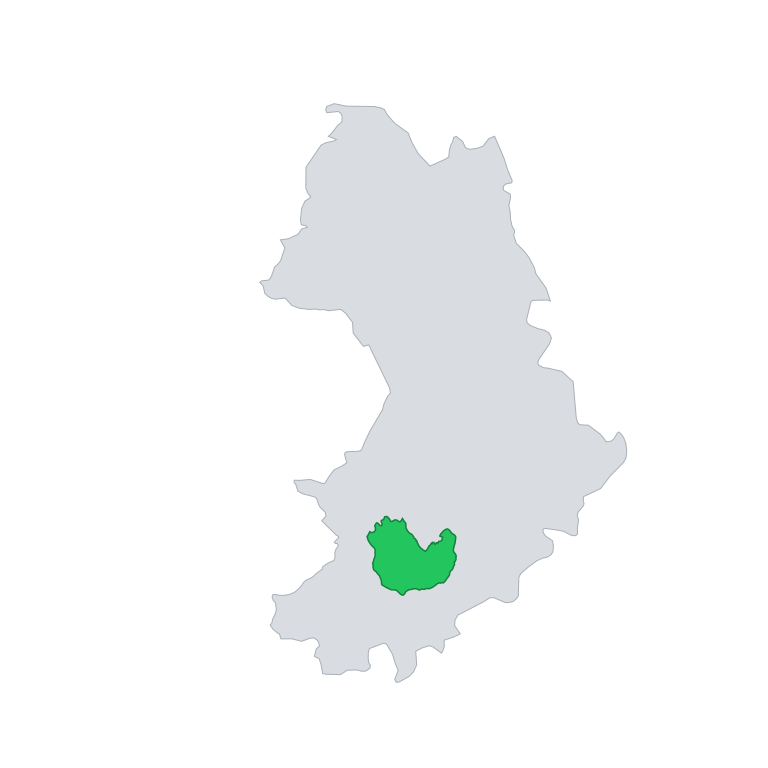 location of Kerouane, Kérouané, Guinea, rotated 64°
{"feature_id": "49546643B6018429350706", "entity_name": "Kerouane", "entity_type": "district", "adm_level": 2, "iso_a3": "GIN", "parent_name": "Guinea", "parent_adm1": "Kérouané", "projection": "orthographic", "projection_center": [-9.183, 9.346], "detail": "fine", "context": "in_parent", "style": "filled", "palette": "green", "viewbox_px": 768, "rotation_deg": 64, "n_neighbors": 0, "source": "geoboundaries", "source_scale": "gbopen_adm2", "svg_char_len": 6760}
<svg xmlns="http://www.w3.org/2000/svg" viewBox="0 0 768 768"><g transform="rotate(64 384 384)"><path d="M463.3,495.6L457.6,494.8L455.0,495.9L447.3,504.9L442.7,508.4L435.6,507.3L433.0,507.9L431.1,506.9L433.7,501.9L437.5,492.1L446.9,482.3L447.1,480.2L443.3,474.4L439.3,466.5L439.3,458.1L438.5,452.0L430.2,450.3L428.7,449.2L428.5,447.2L433.2,436.7L433.6,434.5L433.0,432.6L428.0,427.2L420.1,417.2L406.5,396.7L401.5,392.4L396.6,386.1L394.8,382.1L389.7,380.7L342.2,380.6L341.2,385.9L324.8,389.4L314.8,385.2L303.5,387.5L298.0,390.1L293.7,402.0L291.3,404.6L288.8,409.9L286.6,412.8L284.1,418.7L278.7,427.0L273.0,432.4L263.4,435.2L260.3,444.0L258.1,447.3L254.4,449.8L250.5,451.4L242.7,449.6L238.3,451.2L237.6,449.0L240.1,442.0L238.2,438.3L230.8,431.0L230.1,427.5L227.9,422.9L218.2,413.4L209.0,413.9L211.6,406.1L211.7,395.7L208.6,390.0L209.5,384.2L207.8,384.5L204.7,388.5L199.7,387.1L189.8,380.8L184.9,374.7L184.4,369.6L183.3,367.6L180.2,368.7L173.9,368.5L155.0,359.1L141.8,336.0L141.6,330.9L143.7,322.0L143.3,319.6L137.0,325.4L135.9,321.5L131.3,312.2L130.0,306.9L125.5,304.5L121.9,304.0L119.0,305.7L115.1,316.4L112.3,316.3L109.5,313.9L110.2,305.9L117.7,296.1L130.4,271.0L134.9,265.3L137.7,263.3L143.5,263.1L154.8,259.9L168.8,252.3L179.4,253.0L191.9,252.3L208.3,247.1L208.8,230.1L208.3,226.3L202.6,222.8L199.2,219.9L196.4,216.1L192.9,213.3L193.1,210.5L200.4,207.0L207.0,207.2L209.2,205.8L210.9,203.4L212.9,197.3L213.7,190.9L209.4,182.2L209.8,176.0L233.6,177.2L246.7,179.1L257.4,179.6L259.1,181.1L257.6,187.0L258.9,190.5L262.5,191.5L268.6,187.4L271.7,188.4L278.4,193.6L284.6,195.1L291.3,198.0L297.7,199.6L303.4,199.4L307.7,202.4L315.7,203.4L326.0,199.8L334.1,198.2L345.5,197.9L351.5,199.2L368.8,196.3L382.5,198.1L380.3,200.1L374.0,213.6L374.7,216.0L388.5,227.6L391.8,228.5L395.5,226.9L401.5,221.6L406.3,215.9L410.8,213.2L416.1,213.4L420.3,217.4L430.1,234.5L432.6,236.7L435.0,236.6L439.3,233.5L441.5,229.8L450.7,218.6L464.9,213.0L498.6,226.0L503.5,226.9L506.4,226.0L510.6,218.4L523.3,211.9L529.4,210.1L532.9,209.9L534.2,207.8L534.9,204.7L534.2,201.5L530.3,195.7L530.1,194.0L532.4,192.9L537.2,192.1L543.5,192.7L550.5,195.1L556.2,198.7L559.5,203.0L565.8,221.0L572.9,235.1L572.7,254.0L575.8,255.9L579.3,256.7L580.9,258.2L584.4,266.0L587.6,268.2L591.5,268.7L598.8,273.7L603.5,275.7L604.2,277.2L604.0,279.2L602.2,281.9L595.2,287.1L591.7,291.6L584.5,302.3L584.3,304.3L585.8,305.7L588.8,306.0L592.0,305.2L598.6,301.3L603.8,302.7L608.8,305.7L610.7,308.8L611.2,312.8L610.0,318.1L609.9,323.9L611.6,333.9L614.2,343.9L616.8,347.5L633.6,356.3L635.2,359.6L636.1,363.3L634.9,368.4L633.2,371.2L624.0,379.1L622.6,382.8L623.4,389.7L624.1,419.0L627.7,423.9L632.1,426.4L642.1,425.0L641.9,433.1L640.6,442.2L646.5,445.0L649.4,447.8L651.1,450.4L641.8,455.2L639.1,458.1L637.9,465.7L638.2,472.7L650.7,477.7L655.6,483.5L657.8,489.6L658.5,501.2L657.4,503.8L654.2,503.9L647.8,496.9L638.1,496.2L630.9,494.8L618.9,495.8L616.8,497.9L615.4,513.2L618.4,515.8L624.1,518.7L627.9,519.9L631.0,519.5L633.4,521.4L634.0,526.4L632.3,530.1L629.2,533.6L625.2,542.5L626.1,550.6L619.3,563.5L617.4,566.1L608.4,563.5L602.5,562.7L598.2,566.0L592.4,560.9L591.3,557.0L589.1,556.2L585.2,556.1L581.5,558.4L580.0,562.4L579.2,570.8L572.6,578.6L567.9,588.4L562.6,587.5L561.4,588.7L555.7,591.3L550.8,592.0L549.5,589.4L546.6,587.2L543.4,583.1L539.8,579.7L532.9,577.4L530.2,578.4L526.9,578.1L524.7,576.8L525.0,574.8L528.7,569.7L530.7,565.0L531.9,559.9L531.9,555.0L529.9,548.1L526.8,542.6L526.1,539.5L526.4,535.0L525.7,530.8L524.7,528.6L523.3,520.6L521.4,519.2L520.4,512.8L520.7,506.3L518.0,503.8L513.8,502.0L511.3,499.5L509.8,496.6L508.3,495.8L507.0,495.9L505.8,497.7L504.4,498.1L502.0,492.0L500.9,491.7L499.2,493.1L479.7,499.9L477.3,494.1L473.5,493.0L467.1,495.4L463.3,495.6Z" fill="#d9dde1" stroke="#a8b0b8" stroke-width="1"/><path d="M588.2,418.5L588.8,417.7L588.2,416.1L587.8,415.0L587.2,413.9L586.3,412.5L585.5,410.8L584.7,409.3L583.7,408.4L582.5,407.7L581.3,406.3L581.0,404.4L580.3,403.5L579.8,402.8L579.2,402.0L578.4,401.6L577.7,400.2L577.1,399.7L574.9,399.0L575.1,398.6L573.9,396.9L573.1,396.1L571.3,395.3L570.3,394.5L568.2,394.3L565.7,394.9L563.8,394.6L561.9,393.2L560.2,391.8L558.9,390.6L557.3,389.3L556.1,388.5L553.9,387.1L552.3,386.4L550.2,387.0L548.8,388.0L547.4,388.6L545.8,388.9L544.4,389.2L542.9,389.8L542.2,390.4L541.7,391.6L541.8,392.3L541.9,393.2L542.0,394.0L542.1,394.9L542.4,395.7L542.7,396.4L543.0,397.0L543.2,397.4L543.5,398.5L544.1,399.1L544.9,400.4L545.3,400.5L546.3,399.4L547.1,398.6L547.9,398.9L548.6,399.7L549.5,400.0L549.8,400.7L550.1,402.0L549.5,403.9L550.7,405.4L550.2,405.5L549.8,406.2L549.7,406.7L550.3,407.6L550.5,408.3L549.7,408.6L548.8,408.6L548.2,408.6L548.0,409.2L547.7,409.7L547.6,410.3L547.8,410.7L548.1,410.6L548.7,410.7L548.8,411.0L548.2,411.7L548.4,412.4L548.7,412.7L549.2,413.2L549.2,413.8L549.2,414.4L549.6,414.8L550.0,415.5L550.9,416.5L551.4,417.4L552.0,418.6L552.4,419.8L552.4,420.3L549.7,421.9L548.2,422.6L546.7,423.1L544.9,423.6L542.5,423.5L541.1,423.7L539.7,423.2L538.6,423.9L537.8,423.5L536.9,423.7L536.1,424.3L535.8,424.6L534.6,424.3L533.5,424.5L532.0,424.7L531.1,425.0L529.9,426.0L528.3,426.8L526.2,427.2L524.6,427.3L523.1,427.3L522.1,427.0L521.3,426.6L519.9,426.0L518.5,425.5L517.3,425.8L516.3,426.1L515.6,426.1L513.0,426.4L513.4,427.1L514.1,427.9L514.2,428.0L514.8,429.7L514.3,430.8L513.4,431.3L512.3,431.9L511.6,432.6L511.2,433.3L510.9,433.8L510.8,434.2L511.0,435.1L510.9,437.5L510.1,438.4L508.6,438.2L506.4,438.6L505.5,438.9L504.9,439.4L504.2,439.6L504.0,440.7L503.7,441.7L504.3,442.3L504.5,442.5L505.3,443.3L505.6,444.2L505.6,444.7L505.5,445.5L505.7,446.5L507.2,446.9L508.2,447.0L509.3,447.3L510.1,447.9L510.1,448.8L510.0,449.0L509.7,449.3L509.0,449.8L508.0,450.1L506.6,450.5L505.7,451.1L505.7,451.7L506.0,452.5L506.6,453.4L506.9,453.7L507.3,454.4L508.7,454.6L510.2,455.0L511.6,455.9L512.5,457.3L512.6,458.7L512.1,460.3L511.2,461.1L510.5,461.5L511.0,462.2L513.1,464.9L513.6,466.1L517.2,466.7L519.3,466.7L523.4,466.0L527.1,464.7L529.4,464.6L531.5,466.0L533.6,466.7L535.5,468.0L536.8,469.6L539.0,471.5L540.5,473.0L542.9,473.3L543.6,474.2L544.8,474.4L546.4,474.6L547.4,474.4L549.3,473.3L551.0,473.1L552.4,472.8L554.7,472.0L556.5,472.4L558.8,472.4L560.4,472.9L561.5,473.3L562.7,473.8L563.4,473.9L563.9,473.8L564.2,473.6L564.7,473.2L568.2,470.9L569.3,470.0L570.0,469.4L571.5,468.3L571.8,468.0L572.3,467.4L573.4,465.2L574.8,463.4L574.9,463.2L577.1,462.4L580.6,461.1L581.6,460.1L582.1,459.6L581.8,457.7L580.3,455.6L579.9,453.5L580.0,451.5L580.4,450.1L580.7,449.1L580.9,448.0L581.4,446.2L582.5,444.4L582.9,444.1L584.8,442.5L584.8,440.0L586.2,438.0L586.6,434.8L587.7,433.6L587.8,432.6L588.0,431.1L587.9,429.5L587.8,427.9L587.5,426.3L587.1,424.7L586.9,423.1L586.9,422.1L586.9,421.5L587.8,420.4L588.0,418.9L588.2,418.5Z" fill="#22c55e" stroke="#15803d" stroke-width="1.5"/></g></svg>